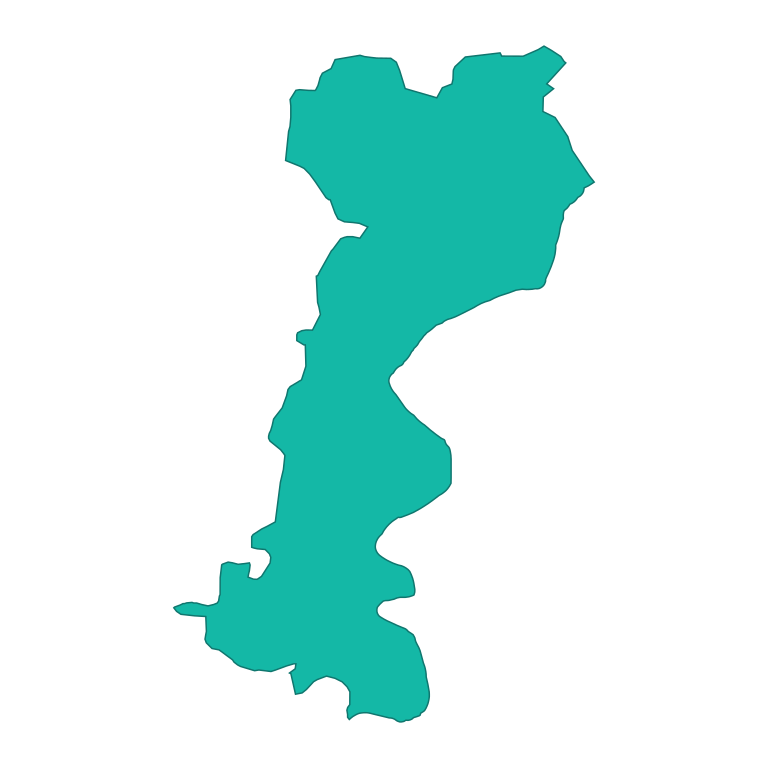 Samannud, Al Gharbiyah, Egypt (Albers equal-area conic projection)
{"feature_id": "37247803B28688372464969", "entity_name": "Samannud", "entity_type": "district", "adm_level": 2, "iso_a3": "EGY", "parent_name": "Egypt", "parent_adm1": "Al Gharbiyah", "projection": "albers", "projection_center": [31.248, 30.95], "detail": "fine", "context": "isolated", "style": "filled", "palette": "teal", "viewbox_px": 768, "rotation_deg": 0, "n_neighbors": 0, "source": "geoboundaries", "source_scale": "gbopen_adm2", "svg_char_len": 6092}
<svg xmlns="http://www.w3.org/2000/svg" viewBox="0 0 768 768"><path d="M173.8,607.8L176.6,611.4L180.9,614.3L194.4,615.8L205.8,616.5L206.4,631.4L205.7,635.0L205.0,639.2L206.3,642.8L212.0,648.5L219.1,649.9L232.6,659.9L234.0,662.1L237.6,664.9L240.4,666.4L254.6,670.7L258.9,670.0L271.0,671.5L275.3,670.1L286.7,665.9L293.8,663.8L295.9,663.8L295.2,668.8L289.5,673.0L290.9,673.7L295.5,694.2L302.2,692.9L306.5,689.4L313.6,681.7L317.2,679.6L326.5,676.1L335.0,678.3L342.1,681.8L347.1,686.8L349.9,691.8L349.8,704.6L347.7,707.4L346.9,710.2L347.6,714.5L347.6,717.3L349.3,719.5L351.1,717.9L352.9,716.5L355.6,714.9L357.6,713.9L358.8,713.5L359.7,713.2L361.9,712.9L364.1,712.7L366.3,712.7L367.8,712.8L370.0,713.2L373.1,714.0L389.2,717.9L391.0,718.0L392.0,718.2L393.0,718.5L394.8,719.3L396.7,720.7L398.2,721.4L399.8,721.9L401.4,721.9L403.1,721.6L403.9,721.4L404.6,721.0L405.9,720.2L407.5,720.3L408.4,720.3L410.1,719.9L411.7,719.2L412.4,718.7L413.6,717.6L417.2,716.5L419.4,715.7L420.1,715.2L420.7,713.2L422.8,711.9L424.1,711.0L424.7,710.4L426.0,708.2L427.0,706.0L427.9,703.7L428.5,701.4L429.0,699.0L429.3,696.6L429.3,694.2L429.2,691.9L427.9,684.5L426.2,676.9L426.1,674.1L425.8,671.6L425.3,669.0L424.9,667.3L424.4,665.7L423.4,663.0L421.5,655.9L420.1,650.8L418.8,647.6L418.0,646.1L416.9,644.0L415.8,641.7L415.4,640.5L414.9,638.1L414.4,637.0L413.1,634.7L411.4,633.5L408.0,631.3L407.4,630.3L406.5,629.8L405.8,629.0L397.1,625.4L390.2,622.2L387.5,621.0L383.9,619.1L380.3,616.9L379.2,616.1L378.1,614.7L377.7,613.9L377.3,613.0L377.0,611.8L376.9,611.0L376.9,609.2L377.3,607.4L377.9,606.5L379.8,604.3L381.8,602.4L383.4,601.0L385.3,600.6L387.7,600.5L388.9,600.4L392.1,599.6L394.0,599.2L396.1,598.3L397.2,597.9L399.6,597.4L400.8,597.3L405.3,597.3L408.2,596.9L409.7,596.6L411.8,595.9L413.1,595.4L413.9,595.0L414.2,594.2L414.7,592.4L414.8,591.4L414.8,589.3L413.8,583.1L413.4,581.2L412.6,578.2L411.2,574.5L409.8,571.5L408.1,569.6L406.1,568.1L403.9,566.8L402.7,566.3L401.5,565.8L398.5,565.1L396.1,564.3L392.9,563.1L389.9,561.7L386.9,560.2L384.9,559.0L382.1,557.2L379.4,555.2L378.0,553.7L377.3,552.8L376.3,551.0L375.6,549.1L375.4,548.0L375.3,547.0L375.3,546.0L375.6,543.7L376.3,541.4L377.4,539.2L378.0,538.2L379.5,536.3L382.0,533.9L383.9,530.5L385.0,529.0L386.6,526.9L389.1,524.2L391.9,521.7L394.1,520.1L396.4,518.6L397.8,517.5L398.8,517.3L399.8,517.5L401.3,517.2L407.7,514.8L413.6,512.3L420.4,508.5L423.6,506.5L428.2,503.5L432.8,500.2L439.1,495.4L440.7,494.5L442.6,493.3L445.0,491.4L446.1,490.4L447.6,488.7L449.4,486.2L451.0,483.3L451.1,477.8L451.1,459.2L450.9,455.3L450.3,451.5L449.8,449.3L449.4,448.3L449.0,447.5L448.4,446.7L447.1,445.4L446.0,443.9L445.3,442.3L444.8,440.5L444.2,439.7L443.3,439.2L442.3,438.8L440.6,437.8L435.9,434.4L429.9,429.7L424.5,425.0L422.4,423.6L420.2,421.9L418.8,420.7L416.8,418.8L415.6,417.4L413.7,415.2L410.9,413.4L409.1,411.9L407.4,410.3L405.8,408.6L404.7,407.2L395.9,394.6L394.2,392.7L393.1,391.3L391.5,388.8L390.2,386.1L389.0,382.5L388.8,380.8L389.0,379.2L389.5,377.4L390.0,376.5L390.6,375.5L391.8,374.1L393.3,373.0L394.5,371.0L395.8,369.2L397.0,368.0L397.8,367.3L399.4,366.2L400.8,365.6L401.7,365.1L402.7,364.2L403.4,363.1L403.8,362.1L406.3,359.7L407.8,357.9L409.6,355.4L411.7,351.6L412.5,350.8L413.1,350.2L414.0,348.4L415.9,346.6L417.5,344.8L418.1,343.8L419.3,341.7L421.7,338.8L424.0,335.7L425.5,334.3L426.6,332.9L429.2,331.1L431.7,329.2L436.3,325.1L439.5,324.0L442.2,323.0L443.8,321.5L444.7,320.9L446.8,319.8L447.9,319.3L451.1,318.4L453.2,317.6L455.3,316.8L458.5,315.3L473.8,307.6L477.3,305.5L481.1,303.5L485.0,301.9L489.9,300.4L494.1,298.2L498.5,296.3L500.7,295.5L509.0,292.8L515.9,290.2L519.1,289.7L522.3,289.2L526.5,289.5L529.5,289.4L532.3,289.2L535.3,288.7L537.3,288.8L539.1,288.5L540.7,287.8L542.2,286.8L543.5,285.6L544.5,284.1L545.2,282.4L545.5,281.6L545.6,280.7L545.6,279.4L546.4,277.4L548.5,272.9L551.1,266.7L553.5,260.0L554.3,257.2L555.0,254.2L555.4,251.3L555.7,248.3L555.7,245.0L557.3,240.8L558.6,236.6L559.3,233.4L560.1,228.3L560.9,224.8L561.8,222.3L563.2,219.1L563.4,218.1L563.3,216.9L563.3,214.6L563.6,212.3L564.2,210.6L566.3,208.8L567.2,208.0L568.6,206.2L569.9,204.2L571.9,203.3L573.7,202.1L574.6,201.4L576.1,199.8L577.8,197.4L579.5,196.4L580.3,195.9L581.6,194.6L582.7,193.1L583.5,191.4L583.9,189.5L584.2,187.8L586.4,186.8L588.3,185.9L591.2,184.1L594.2,182.1L589.3,175.9L572.2,150.4L568.1,137.7L567.9,136.8L555.1,117.5L542.9,111.5L543.3,97.0L553.6,88.7L546.7,83.9L565.8,62.9L564.1,61.5L560.8,56.5L551.6,50.5L544.0,46.1L537.8,49.8L523.2,56.2L501.7,56.1L500.1,52.9L465.3,57.0L455.0,66.6L453.5,69.7L453.3,70.9L453.0,79.2L451.9,84.0L442.4,87.7L436.8,97.8L405.2,88.6L399.6,70.4L396.3,62.2L390.8,58.3L376.9,58.1L371.5,57.5L364.5,56.6L360.0,55.3L335.1,59.6L331.1,68.6L322.4,73.2L320.1,77.7L319.4,80.6L318.0,85.5L315.8,89.8L315.1,90.5L308.7,90.4L299.5,89.7L295.9,90.3L290.1,99.5L290.8,105.9L290.8,117.3L290.0,126.5L288.6,131.4L285.6,160.5L299.8,166.2L304.1,168.4L309.7,174.1L315.4,181.9L326.0,197.6L328.8,199.7L330.2,199.7L335.1,213.2L338.0,218.9L344.4,221.8L352.9,222.5L359.3,223.3L367.8,226.9L359.9,238.2L352.8,236.7L347.1,236.7L344.3,237.4L340.7,238.8L332.8,249.4L331.4,250.8L319.9,271.3L317.8,275.5L316.3,276.2L317.6,302.4L319.0,307.4L320.4,314.5L312.5,330.1L306.1,330.0L301.8,330.7L297.6,332.8L296.8,334.9L296.8,340.6L303.9,344.9L305.3,344.9L305.9,366.2L301.6,379.6L300.9,380.3L299.5,381.0L297.3,382.4L290.2,386.6L288.0,389.5L286.6,395.8L282.2,407.9L275.1,417.0L273.6,419.1L272.2,425.5L270.7,430.5L269.3,433.3L268.6,436.1L268.6,438.3L270.0,441.1L280.6,449.7L283.4,453.2L284.9,455.4L283.4,469.5L280.4,482.3L275.3,521.9L267.4,526.2L261.7,529.0L253.1,534.6L251.7,536.7L251.7,547.3L253.8,548.0L257.3,548.8L265.2,549.5L269.4,553.8L270.8,557.4L270.1,563.0L261.5,576.4L257.2,579.3L253.6,579.2L248.0,577.1L248.7,573.5L249.4,570.7L250.1,565.0L249.4,562.9L244.5,563.6L238.1,564.3L232.4,562.8L228.1,562.1L222.4,564.2L221.7,564.9L220.2,577.6L220.1,594.6L219.4,596.0L218.6,601.0L217.2,603.1L213.7,604.5L208.0,605.9L201.6,604.5L196.6,603.0L193.7,603.0L192.0,602.4L186.6,602.9L184.5,603.6L183.0,603.6L180.2,605.0L174.5,607.1L173.8,607.8Z" fill="#14b8a6" stroke="#0f766e" stroke-width="1.5"/></svg>